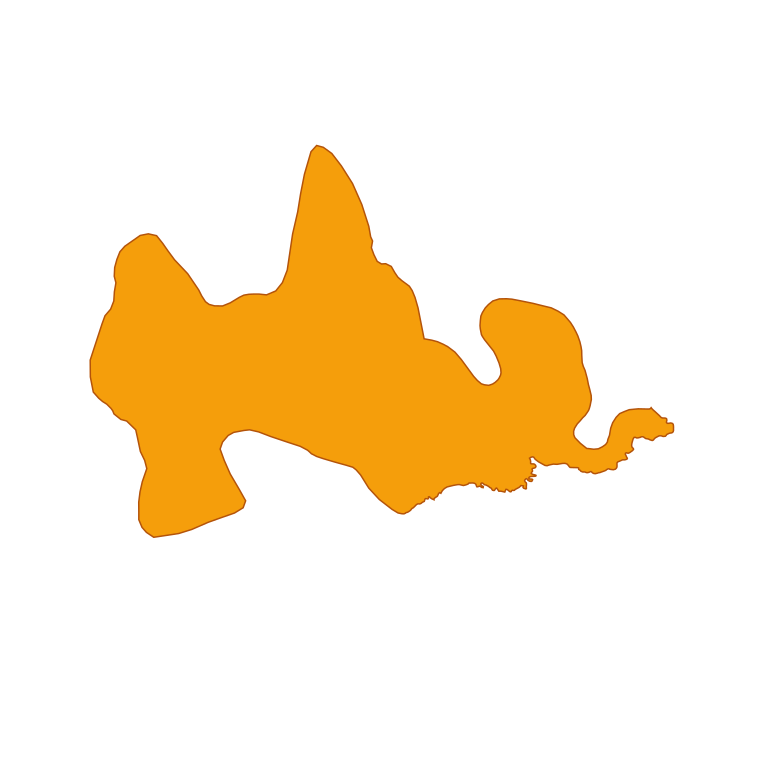 outline of Viengkham, Vientiane, Laos, rotated 286°
{"feature_id": "54806243B32132961433294", "entity_name": "Viengkham", "entity_type": "district", "adm_level": 2, "iso_a3": "LAO", "parent_name": "Laos", "parent_adm1": "Vientiane", "projection": "natural_earth1", "projection_center": [102.518, 18.403], "detail": "fine", "context": "isolated", "style": "filled", "palette": "amber", "viewbox_px": 768, "rotation_deg": 286, "n_neighbors": 0, "source": "geoboundaries", "source_scale": "gbopen_adm2", "svg_char_len": 6160}
<svg xmlns="http://www.w3.org/2000/svg" viewBox="0 0 768 768"><g transform="rotate(286 384 384)"><path d="M296.1,106.8L291.7,113.7L289.6,118.3L288.2,123.1L285.3,128.3L283.5,130.6L280.8,132.7L277.4,140.8L277.5,146.8L271.5,158.0L264.3,161.9L252.0,168.4L244.6,175.0L237.3,179.3L223.3,178.6L213.1,179.2L202.8,180.8L193.0,183.7L186.0,185.7L179.5,190.9L175.9,196.5L173.2,204.9L178.6,216.8L183.7,227.9L191.2,239.3L202.5,253.0L210.4,264.0L218.8,275.9L226.2,282.7L233.6,283.2L243.0,273.7L255.1,261.0L266.5,251.5L276.3,244.4L283.7,244.8L291.6,248.4L296.1,252.9L300.8,262.3L302.9,267.4L303.4,276.7L302.3,289.6L301.5,307.4L301.0,320.7L299.3,328.8L298.1,331.3L296.9,333.5L296.8,334.4L295.8,339.2L295.5,346.1L295.4,358.7L295.5,369.8L295.4,377.0L293.8,380.9L290.1,386.6L279.7,398.1L271.7,411.3L265.7,426.3L263.9,433.0L264.2,436.9L264.7,439.0L265.7,440.2L266.3,440.5L267.2,442.0L268.0,442.8L269.6,444.1L270.5,444.6L271.4,444.9L272.3,445.4L273.1,446.3L276.9,448.4L277.6,449.0L278.1,449.5L278.3,450.2L278.5,451.2L278.9,451.9L279.5,452.6L280.3,453.1L281.1,453.7L281.7,454.5L282.3,455.1L284.6,455.1L285.2,455.4L285.4,456.0L285.6,457.9L286.3,458.2L287.7,457.9L288.1,458.5L287.9,459.2L287.4,459.9L286.8,461.6L286.5,464.0L287.5,463.7L289.3,464.8L290.0,465.6L291.0,466.3L293.4,466.6L294.5,467.1L295.0,467.6L294.6,468.8L297.3,469.4L299.3,470.4L300.5,471.2L302.5,473.1L303.7,475.2L305.7,478.7L307.5,482.4L308.1,484.1L308.2,486.3L308.3,488.3L309.5,490.4L310.9,492.3L312.3,493.1L312.5,494.0L313.4,496.8L313.5,498.4L313.3,499.1L313.0,499.8L312.5,500.3L311.8,500.7L310.8,501.5L311.0,502.4L311.4,502.9L312.1,503.9L312.1,504.8L311.5,506.4L311.7,507.9L312.9,507.7L313.1,506.3L314.0,504.8L315.0,504.6L315.7,505.1L315.9,506.2L315.5,507.1L314.9,508.4L315.0,510.1L314.4,512.7L313.7,514.3L313.3,516.0L312.2,517.0L311.8,517.7L311.9,519.0L312.2,519.5L312.7,519.7L313.6,519.9L314.7,520.4L315.0,521.0L312.6,524.0L313.2,525.9L313.4,529.9L316.3,530.2L316.5,530.9L316.5,531.6L315.3,534.3L315.2,535.2L315.7,536.0L316.5,536.0L317.2,536.6L317.5,538.2L317.9,538.8L318.6,539.0L321.9,542.4L323.6,543.4L324.1,543.6L324.5,546.1L322.8,546.2L322.3,547.1L322.2,549.3L322.7,549.7L324.9,549.0L326.1,548.8L327.3,548.5L328.2,548.0L328.8,546.7L329.8,545.8L331.1,546.0L332.2,546.8L331.9,548.3L331.1,548.9L330.7,550.8L330.9,552.4L331.4,553.0L333.0,553.3L333.3,552.9L333.3,552.3L333.1,551.4L332.8,549.7L333.6,549.1L334.4,549.3L334.9,549.7L335.7,551.0L337.0,554.8L337.6,555.4L338.1,555.3L338.2,554.7L338.2,553.7L338.1,552.1L338.3,551.0L338.6,550.2L339.8,550.2L340.9,550.8L341.7,550.6L342.3,550.3L343.0,549.7L343.8,550.1L344.4,551.3L345.4,552.6L346.6,552.8L347.6,552.2L348.4,550.8L348.4,549.7L347.9,547.8L348.0,546.9L348.7,546.6L349.5,546.5L351.3,545.7L352.8,544.3L354.2,545.6L355.0,547.1L354.8,548.3L353.3,550.1L351.8,553.9L350.1,561.2L350.4,563.3L351.4,564.7L352.1,565.9L353.7,568.9L354.1,570.8L354.5,572.5L356.9,577.6L357.6,579.8L357.6,581.8L356.6,583.6L355.5,585.0L355.1,585.9L355.7,588.4L357.0,593.4L356.8,594.2L355.6,594.7L355.0,596.6L354.4,597.3L354.2,599.2L354.8,601.4L354.6,602.9L354.9,604.2L355.6,605.4L356.6,606.5L356.9,607.2L356.7,607.8L356.3,608.4L355.9,609.5L355.8,610.5L356.1,612.0L357.4,614.2L357.9,614.7L358.3,615.9L359.0,616.8L361.0,619.6L362.1,621.0L363.2,621.7L364.2,622.8L364.5,623.8L364.3,624.5L364.4,625.7L364.8,628.1L365.9,629.9L367.2,630.6L368.4,630.8L369.4,630.6L372.3,629.7L373.7,630.3L374.4,631.3L376.9,634.3L377.4,636.2L378.0,637.3L378.8,638.3L379.7,638.4L380.7,637.3L382.2,636.1L382.9,635.4L384.0,635.2L384.7,636.0L384.7,637.7L385.4,638.7L386.1,639.4L386.9,640.0L387.6,640.6L388.7,641.4L390.0,641.9L390.8,641.4L391.4,640.1L392.3,639.4L393.4,638.9L395.7,638.6L397.2,638.6L399.8,638.6L401.6,639.1L402.0,640.2L401.8,641.8L402.2,643.0L403.4,645.1L404.0,645.7L404.4,646.5L404.6,647.2L404.6,648.1L403.7,650.5L404.0,653.5L403.7,654.6L403.6,656.4L403.6,657.4L404.4,658.4L405.7,658.9L407.1,659.7L410.0,662.7L410.6,664.7L410.5,666.8L411.3,668.8L412.1,669.3L413.5,669.8L415.4,672.0L416.4,674.2L417.7,675.1L419.2,675.1L420.8,674.6L422.0,674.3L423.5,673.8L424.8,673.2L425.6,672.3L425.6,670.4L424.7,668.5L424.3,667.1L424.9,666.1L426.1,665.9L427.2,665.9L428.5,665.2L428.8,664.3L428.6,662.9L428.1,661.2L428.2,659.7L428.8,658.6L429.4,657.7L432.1,652.3L432.8,650.8L433.6,649.2L434.2,648.2L434.9,647.3L434.0,647.0L433.1,646.0L432.7,644.7L430.2,635.2L426.9,626.8L423.8,622.7L420.5,618.7L415.9,616.3L409.8,614.5L404.0,614.1L396.9,614.9L392.6,614.5L389.6,614.7L386.9,613.7L383.9,611.3L380.8,607.9L379.1,603.6L378.3,598.4L377.9,596.7L381.1,589.1L385.0,582.3L387.6,580.3L390.9,579.3L394.2,579.4L399.0,580.8L402.7,582.7L406.3,584.3L409.2,586.0L412.7,587.2L415.0,587.9L416.9,588.1L420.1,588.1L423.4,587.8L426.2,587.6L430.1,586.3L435.6,583.2L439.9,580.6L445.2,577.9L452.5,573.5L455.9,570.7L459.2,568.6L465.8,566.3L470.6,564.8L474.2,563.1L478.5,560.7L483.6,557.1L486.7,554.4L491.0,550.3L494.6,546.2L500.0,538.0L502.0,531.2L503.3,523.8L502.8,511.6L502.6,505.1L501.6,492.3L500.8,483.5L499.7,478.2L497.6,471.4L493.8,465.7L489.2,462.5L485.1,460.4L479.8,458.9L476.0,458.4L471.7,459.1L466.6,460.2L463.5,461.4L458.4,464.0L456.8,465.5L454.3,468.4L445.8,480.3L441.8,484.1L435.9,488.8L430.8,492.0L427.0,493.4L424.6,493.6L421.2,493.0L419.3,492.3L416.2,490.4L413.9,488.4L411.6,485.1L410.9,480.8L411.0,477.5L413.1,472.8L416.1,468.0L428.8,451.6L434.2,443.4L437.4,435.1L438.5,430.1L439.4,423.8L439.3,417.9L438.5,410.1L466.6,395.7L475.7,390.0L481.5,385.4L485.0,381.4L488.3,372.6L490.5,367.9L494.1,363.6L499.0,358.6L500.1,352.5L498.7,348.5L500.0,343.7L505.6,338.6L511.5,334.3L518.3,333.6L521.8,330.6L531.4,325.9L550.4,313.2L568.0,298.5L581.8,283.0L591.2,270.3L594.8,260.4L594.7,253.5L587.2,249.8L563.7,249.7L543.9,251.4L525.7,253.6L503.0,254.8L466.8,259.6L453.5,258.4L443.6,254.3L437.3,246.5L436.0,239.1L434.7,234.5L433.0,229.4L430.8,224.8L427.5,221.1L419.6,213.8L414.5,207.3L412.4,199.5L412.3,193.9L413.9,189.7L418.4,184.5L423.3,180.0L435.9,164.9L445.6,148.5L452.5,139.5L458.2,132.5L463.9,124.5L463.4,116.1L459.6,108.7L445.0,96.9L438.3,93.7L430.1,92.9L421.8,93.0L413.2,95.0L407.4,98.4L398.4,99.4L389.3,101.4L380.6,100.6L372.7,97.0L364.2,96.4L326.0,95.0L309.8,99.8L296.1,106.8Z" fill="#f59e0b" stroke="#b45309" stroke-width="1.5"/></g></svg>